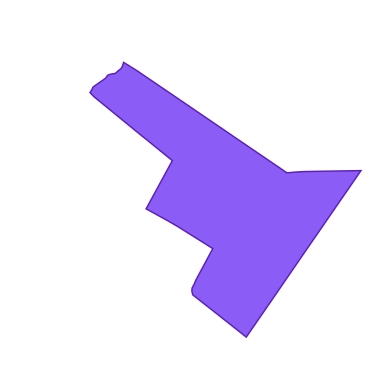 the district of Afonso Bezerra, Rio Grande do Norte, Brazil, rotated 29°
{"feature_id": "56859067B75768156452163", "entity_name": "Afonso Bezerra", "entity_type": "district", "adm_level": 2, "iso_a3": "BRA", "parent_name": "Brazil", "parent_adm1": "Rio Grande do Norte", "projection": "equal_earth", "projection_center": [-36.685, -5.484], "detail": "fine", "context": "isolated", "style": "filled", "palette": "violet", "viewbox_px": 384, "rotation_deg": 29, "n_neighbors": 0, "source": "geoboundaries", "source_scale": "gbopen_adm2", "svg_char_len": 681}
<svg xmlns="http://www.w3.org/2000/svg" viewBox="0 0 384 384"><g transform="rotate(29 192 192)"><path d="M54.6,154.5L60.1,156.2L121.2,167.3L123.2,167.6L159.6,174.1L159.9,212.9L160.0,224.9L160.0,229.0L182.1,228.9L195.1,229.1L232.8,231.1L237.6,231.4L238.1,267.3L238.5,270.7L238.7,276.1L239.9,278.7L242.6,281.6L294.8,290.1L309.8,292.6L311.4,276.2L314.5,244.6L319.3,194.6L329.4,91.4L280.1,119.8L272.6,124.6L270.4,126.1L265.7,129.2L217.6,124.8L153.9,118.9L136.7,117.3L88.5,112.9L85.7,112.6L69.4,111.8L70.2,116.0L70.1,118.6L68.8,121.6L67.4,125.5L63.5,128.6L61.6,130.8L61.3,134.3L56.1,144.9L54.6,148.2L54.8,150.9L54.6,154.5Z" fill="#8b5cf6" stroke="#5b21b6" stroke-width="1.5"/></g></svg>